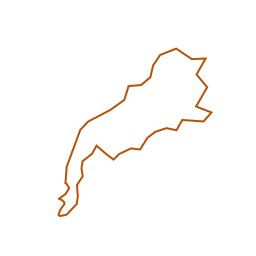 the district of Gourri, Nicosia, Cyprus, rotated 65°
{"feature_id": "46923920B8760055260995", "entity_name": "Gourri", "entity_type": "district", "adm_level": 2, "iso_a3": "CYP", "parent_name": "Cyprus", "parent_adm1": "Nicosia", "projection": "mercator", "projection_center": [33.166, 34.951], "detail": "fine", "context": "isolated", "style": "outline", "palette": "amber", "viewbox_px": 256, "rotation_deg": 65, "n_neighbors": 0, "source": "geoboundaries", "source_scale": "gbopen_adm2", "svg_char_len": 799}
<svg xmlns="http://www.w3.org/2000/svg" viewBox="0 0 256 256"><g transform="rotate(65 128 128)"><path d="M179.0,226.9L180.6,220.3L175.2,206.6L169.0,202.5L158.1,198.3L152.6,189.4L145.1,187.3L138.9,183.2L136.2,171.5L130.7,164.0L143.0,158.5L150.5,154.4L147.8,146.8L147.8,133.8L152.6,126.2L145.1,114.5L143.0,104.9L144.4,93.2L150.5,85.0L143.7,75.4L147.1,69.2L154.0,56.8L149.2,45.8L137.3,57.2L124.5,39.0L108.5,43.3L97.8,28.3L92.5,41.1L76.4,50.8L75.4,68.0L81.8,78.7L82.9,79.6L91.4,86.2L94.6,98.0L90.3,109.8L101.0,119.5L104.2,136.7L105.3,161.4L109.6,172.1L124.5,187.1L137.3,200.0L151.7,208.1L152.5,207.2L157.7,206.8L161.5,212.6L162.9,220.5L163.0,220.5L165.5,218.3L168.1,217.3L169.8,217.4L173.3,223.6L176.1,226.5L177.3,227.7L179.0,226.9L179.0,226.9Z" fill="none" stroke="#b45309" stroke-width="2"/></g></svg>